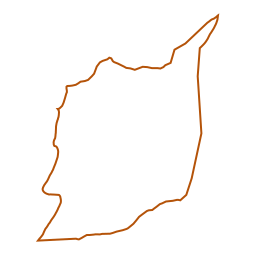 Morne Cayenne, Vieux Fort, Saint Lucia (Natural Earth projection)
{"feature_id": "8701671B31053612499035", "entity_name": "Morne Cayenne", "entity_type": "district", "adm_level": 2, "iso_a3": "LCA", "parent_name": "Saint Lucia", "parent_adm1": "Vieux Fort", "projection": "natural_earth1", "projection_center": [-60.957, 13.785], "detail": "fine", "context": "isolated", "style": "outline", "palette": "amber", "viewbox_px": 256, "rotation_deg": 0, "n_neighbors": 0, "source": "geoboundaries", "source_scale": "gbopen_adm2", "svg_char_len": 2898}
<svg xmlns="http://www.w3.org/2000/svg" viewBox="0 0 256 256"><path d="M42.6,189.0L42.8,190.2L43.2,191.0L43.9,191.9L44.7,192.6L45.6,193.2L46.9,193.8L47.9,194.1L49.0,194.5L50.4,194.4L52.2,194.5L54.3,194.6L58.6,194.9L59.2,195.1L59.7,195.7L60.0,196.1L60.3,196.8L60.4,197.5L60.6,198.3L60.8,199.4L60.9,200.3L60.9,201.5L60.8,202.4L60.5,203.4L60.0,204.3L59.6,205.4L59.1,206.5L58.6,207.4L58.2,208.2L57.8,209.3L57.0,210.9L56.5,211.9L55.9,212.9L55.4,213.9L54.9,214.8L54.4,215.6L53.5,217.0L52.5,218.4L51.6,219.6L50.8,220.9L49.7,222.8L48.8,223.8L47.5,226.0L46.5,227.5L45.5,228.7L44.6,230.5L44.0,231.8L43.4,233.2L43.1,234.0L42.6,234.8L42.1,235.5L41.5,236.3L40.8,237.2L40.1,238.0L39.6,238.5L38.0,240.6L76.0,238.7L77.2,239.1L78.9,239.4L81.9,237.8L83.9,236.6L86.8,235.0L89.7,235.0L93.7,234.6L95.6,234.3L99.9,234.4L102.1,233.9L110.1,233.7L112.9,232.9L116.6,231.6L122.7,230.2L126.7,228.9L128.0,228.2L130.6,226.1L133.4,223.8L136.1,220.6L139.1,216.8L141.6,214.9L146.9,211.0L148.8,210.3L152.3,210.0L153.9,208.7L156.5,206.8L159.9,204.1L162.0,203.4L166.0,201.5L170.8,201.0L172.8,200.8L176.8,199.9L178.4,199.9L180.3,200.3L180.5,200.1L186.3,194.9L191.7,178.3L201.4,133.4L198.5,88.4L197.7,76.3L199.8,48.1L201.5,46.5L203.1,44.9L203.3,44.7L204.6,43.3L205.5,42.1L205.7,41.9L207.7,38.8L208.6,36.9L209.3,35.5L209.8,34.5L210.0,34.1L210.3,33.7L210.9,32.9L213.6,28.6L214.5,26.9L214.9,26.0L215.6,24.7L216.1,23.6L216.3,23.1L216.6,22.2L217.4,19.8L217.7,17.6L218.0,15.4L217.7,15.6L216.6,16.7L215.8,17.3L213.8,18.7L213.0,19.0L212.1,19.3L211.4,19.7L210.7,20.2L209.1,21.5L208.0,22.3L207.5,22.6L185.4,43.5L174.5,49.7L170.6,62.9L165.3,65.2L163.4,67.1L160.4,68.5L157.3,68.1L151.8,68.1L147.2,67.1L145.5,67.0L142.7,66.8L134.8,69.8L130.4,68.4L127.2,68.0L126.3,67.9L124.0,66.6L117.7,63.5L114.1,62.1L112.8,61.1L111.3,58.4L111.1,58.3L110.3,58.0L109.3,57.7L107.4,59.3L102.6,60.9L99.9,62.4L96.8,66.5L94.1,73.7L91.9,76.2L88.1,79.9L85.0,81.0L83.8,81.2L80.5,81.7L78.3,83.3L75.8,84.8L72.2,85.6L69.7,85.9L67.3,86.0L66.5,86.7L66.5,88.6L66.8,90.2L66.9,92.1L66.2,93.8L65.0,98.1L63.6,102.6L62.2,105.8L60.5,107.5L59.2,108.6L57.9,109.0L57.7,109.0L58.3,109.8L58.8,110.8L58.9,111.6L59.0,112.3L58.9,113.6L58.8,115.1L58.5,117.0L58.3,117.6L58.0,118.4L57.9,119.2L57.7,119.7L57.3,120.6L57.2,121.2L56.9,122.1L56.6,123.1L56.4,124.3L56.2,125.4L56.1,126.1L56.0,126.8L56.0,127.5L56.0,127.9L55.9,130.1L55.8,131.9L55.8,132.8L55.6,134.0L55.5,135.3L55.4,136.4L55.3,137.0L55.2,137.7L55.0,138.5L54.6,139.1L54.2,140.0L53.8,141.2L53.6,142.4L53.7,143.4L53.7,144.2L53.9,144.9L54.2,145.7L54.5,146.0L55.1,146.1L56.2,146.5L56.6,146.9L57.1,147.7L57.5,148.6L57.8,149.4L58.1,150.7L58.2,151.9L58.1,153.0L57.9,155.0L57.6,157.1L56.8,159.5L55.4,163.7L53.8,167.6L53.0,169.8L52.4,170.8L51.8,172.1L51.0,173.5L49.8,175.4L49.0,177.2L48.2,179.0L47.5,180.4L46.8,181.6L46.0,182.6L44.9,184.2L44.1,185.3L43.5,186.6L43.0,187.5L43.0,187.8L42.6,189.0Z" fill="none" stroke="#b45309" stroke-width="2"/></svg>